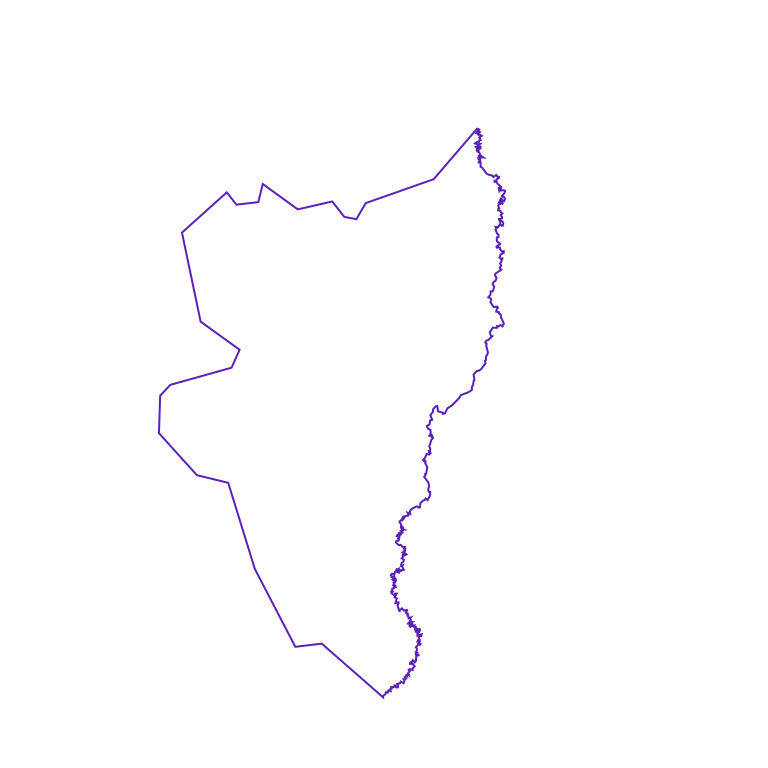 outline of Pochalla, Jonglei, South Sudan, rotated 52°
{"feature_id": "79223893B22691287422318", "entity_name": "Pochalla", "entity_type": "district", "adm_level": 2, "iso_a3": "SSD", "parent_name": "South Sudan", "parent_adm1": "Jonglei", "projection": "natural_earth1", "projection_center": [34.083, 7.206], "detail": "fine", "context": "isolated", "style": "outline", "palette": "violet", "viewbox_px": 768, "rotation_deg": 52, "n_neighbors": 0, "source": "geoboundaries", "source_scale": "gbopen_adm2", "svg_char_len": 6165}
<svg xmlns="http://www.w3.org/2000/svg" viewBox="0 0 768 768"><g transform="rotate(52 384 384)"><path d="M630.4,577.6L629.2,576.8L629.2,573.5L628.1,572.2L629.5,571.0L628.1,569.1L630.1,567.8L628.5,567.1L628.0,566.4L628.7,565.6L627.3,564.8L628.9,563.1L628.1,561.4L630.8,561.1L631.6,559.7L629.9,558.6L628.8,559.2L628.4,558.3L629.7,555.7L628.8,554.0L631.8,552.8L630.0,550.0L628.7,550.3L629.7,548.0L627.7,548.1L627.6,546.5L628.6,545.9L627.1,545.4L627.1,544.0L628.8,543.6L626.4,542.6L626.2,540.5L625.0,540.2L624.1,541.2L624.6,539.2L627.0,537.6L625.8,536.6L625.3,533.6L622.5,533.6L620.6,535.8L619.8,535.2L619.9,533.6L620.6,533.4L619.5,531.3L622.2,531.1L621.2,529.2L621.6,528.9L618.0,525.9L619.1,523.8L618.3,523.5L617.4,525.5L616.2,525.3L615.9,523.3L615.1,523.7L615.1,524.7L614.1,522.1L612.4,520.8L611.1,520.9L610.5,517.6L611.7,515.8L611.2,515.2L609.4,516.6L608.5,515.1L608.9,514.3L607.9,513.6L607.3,515.5L606.4,513.4L604.3,512.3L605.7,510.0L604.4,508.4L602.9,512.6L601.0,511.3L601.3,509.5L599.9,509.2L600.5,507.6L600.0,506.9L598.9,506.7L598.0,508.7L596.9,509.0L597.1,509.9L599.2,510.6L598.7,511.5L596.1,510.3L596.1,508.8L595.3,508.4L593.8,509.8L593.0,508.6L592.0,511.2L591.0,509.5L589.9,509.5L589.9,510.8L591.3,512.8L590.6,513.0L589.0,511.5L587.6,512.6L587.3,510.7L588.7,510.3L589.1,508.2L587.6,509.5L586.6,509.4L586.4,508.1L584.8,507.8L584.5,506.7L583.8,508.9L581.5,507.4L581.1,508.1L580.1,507.7L579.5,506.6L577.7,507.7L576.8,506.8L576.9,505.3L576.1,505.0L574.6,507.9L571.9,507.9L571.8,510.3L572.6,511.4L572.0,511.6L566.5,509.5L565.8,507.5L564.9,507.0L563.7,509.8L560.9,506.0L558.8,507.0L556.9,503.1L556.0,504.2L556.5,506.2L553.5,506.8L553.0,505.1L552.0,506.0L551.6,504.5L550.4,503.5L551.0,501.9L550.1,501.0L551.1,499.7L549.7,499.2L549.1,499.5L549.2,500.7L548.2,500.7L547.2,497.8L546.6,498.3L546.5,496.0L545.4,495.0L544.6,494.8L544.8,497.3L544.3,497.7L543.2,497.7L542.3,494.6L541.6,494.5L540.8,496.7L538.8,496.3L538.5,494.3L540.4,493.0L539.0,491.3L539.7,488.8L538.4,489.1L537.7,487.9L538.9,487.1L538.8,486.1L540.2,487.1L540.6,489.1L541.9,488.3L541.0,485.5L541.9,485.1L541.7,483.2L543.5,483.0L538.9,482.0L538.4,480.8L537.8,482.5L536.0,480.6L535.8,477.7L534.7,476.6L532.2,477.4L531.6,473.8L530.4,474.7L529.9,474.0L531.9,472.5L532.1,471.2L530.0,472.1L529.2,471.1L528.2,472.5L527.9,469.7L526.9,468.8L526.2,469.7L525.3,467.9L523.5,469.8L521.0,469.8L520.1,471.6L516.3,472.2L515.4,471.2L516.4,468.8L514.6,466.7L514.2,467.7L513.0,465.6L511.7,467.4L511.2,466.4L511.5,465.3L510.7,463.7L511.7,463.1L512.9,463.7L512.3,460.7L511.4,461.4L510.9,460.5L510.1,461.0L510.1,459.7L511.2,457.8L508.7,459.2L507.7,459.0L507.8,458.1L508.8,457.6L507.7,457.2L506.6,458.3L505.3,457.0L502.1,456.7L501.7,454.6L502.8,453.7L502.5,452.8L501.0,452.3L501.1,451.5L502.2,451.3L501.8,450.1L500.4,450.1L502.7,445.8L499.9,444.7L502.6,443.3L500.2,442.1L499.4,439.5L500.3,434.3L501.3,432.8L503.0,432.6L503.3,431.6L500.3,428.7L499.9,424.8L500.5,423.2L499.9,421.7L502.3,421.1L500.2,416.3L497.5,414.1L496.8,415.1L495.7,414.8L493.7,413.5L492.7,411.6L489.0,409.7L481.9,409.5L481.1,407.1L480.2,407.0L480.3,405.7L476.3,401.1L471.5,400.2L470.8,398.9L469.7,398.8L468.8,400.2L468.0,400.1L467.5,397.3L465.4,393.5L467.4,391.9L467.1,389.8L465.9,389.4L465.2,390.5L464.3,389.9L464.8,388.7L463.7,387.5L461.3,386.9L457.1,381.0L456.8,378.6L452.8,377.5L454.6,379.1L452.6,380.1L451.7,377.6L448.7,375.6L446.6,376.8L444.4,376.5L443.5,376.0L443.9,373.0L441.1,370.0L441.9,368.1L437.1,366.6L436.0,362.4L434.2,361.0L433.4,357.0L434.2,355.6L438.8,358.3L442.8,355.3L443.8,356.0L444.7,354.0L442.2,349.1L442.7,343.2L441.2,332.6L440.0,330.4L442.4,322.9L442.8,318.4L440.3,316.4L439.7,314.4L436.5,311.2L436.5,310.2L431.6,307.6L430.9,302.8L431.8,301.5L432.1,298.6L430.3,291.4L427.9,290.2L427.8,289.0L424.9,286.3L424.5,284.5L423.0,282.6L416.5,279.7L415.6,278.4L413.7,278.7L412.8,276.5L413.5,275.3L413.0,269.2L411.7,270.1L408.3,268.7L406.6,263.6L409.2,260.5L408.0,259.3L409.2,258.4L409.3,255.9L411.5,255.2L410.1,252.3L403.6,250.8L401.0,249.2L399.4,250.0L398.4,249.2L396.1,251.0L394.3,248.9L394.1,247.3L392.8,247.1L390.8,250.2L385.0,249.7L384.0,248.0L382.4,247.2L379.9,248.4L379.2,245.1L376.7,242.9L377.9,241.5L377.5,240.3L375.0,237.2L371.9,236.8L371.1,234.4L371.3,232.5L369.8,230.0L366.8,229.6L365.6,228.2L366.2,221.2L363.8,221.4L362.8,218.8L360.5,218.3L359.9,216.0L357.8,214.7L358.4,214.0L357.9,213.4L356.9,215.0L355.5,215.3L353.7,212.2L354.3,208.9L353.1,207.9L352.3,209.4L349.6,209.6L348.3,208.7L346.6,209.5L346.1,211.1L345.1,210.9L344.8,209.1L345.4,206.9L344.9,206.2L341.1,207.2L338.6,205.5L338.0,204.3L338.8,203.4L336.8,201.8L335.2,202.3L330.8,201.0L330.7,199.5L328.9,199.3L330.6,197.4L329.2,193.8L331.8,193.7L332.4,192.7L330.6,190.9L329.0,190.6L327.4,191.2L328.0,192.9L324.8,191.9L326.1,189.3L325.2,188.1L322.9,188.1L322.4,185.7L321.5,186.3L319.3,185.6L317.4,187.2L316.5,186.4L316.5,185.0L314.1,184.4L313.4,183.3L313.7,180.1L314.8,179.9L314.5,179.0L312.3,178.8L311.6,181.3L309.8,177.7L310.6,177.3L311.5,178.2L313.8,176.6L312.3,174.5L310.2,174.4L309.5,175.4L308.4,175.3L307.7,171.4L306.6,169.8L305.4,170.0L303.4,172.8L302.4,171.5L301.3,171.8L302.5,174.1L300.2,173.0L300.7,170.4L296.2,171.3L293.7,170.7L292.8,172.4L291.8,171.6L292.9,170.2L292.1,168.8L292.4,166.4L291.5,165.9L290.6,167.0L288.4,166.8L288.2,170.4L286.3,170.4L283.4,172.8L280.9,173.7L273.7,173.4L272.3,174.2L268.7,171.3L267.8,173.0L267.0,172.3L266.9,170.5L265.8,170.2L264.9,171.0L263.7,170.5L263.6,169.8L265.5,169.1L265.2,167.8L266.7,166.2L263.3,167.2L263.5,168.4L262.5,168.5L262.6,167.0L260.3,166.4L259.4,166.8L257.9,165.4L257.8,167.2L256.7,167.0L256.5,165.7L257.8,162.9L256.4,161.9L255.5,165.4L253.7,165.7L254.3,163.6L254.0,160.6L252.6,162.8L250.5,164.1L250.5,162.0L251.7,160.2L250.7,158.9L251.4,157.7L248.3,157.1L248.6,154.2L246.7,154.9L245.9,156.1L244.7,155.0L244.5,153.3L243.8,153.3L243.0,154.7L243.9,156.5L243.1,157.0L242.0,152.3L240.1,153.4L253.2,218.8L230.2,287.0L237.1,304.3L227.9,312.4L208.3,312.4L193.3,344.4L151.8,356.4L163.3,371.1L151.8,389.9L136.2,389.9L140.3,450.0L222.0,490.1L268.1,476.7L277.3,494.1L253.1,552.9L255.4,567.6L284.2,591.6L340.6,587.6L366.0,567.6L450.1,599.6L536.5,615.7L550.3,592.9L630.4,577.6Z" fill="none" stroke="#5b21b6" stroke-width="2"/></g></svg>